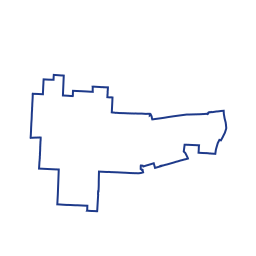 Dabuleni, Dolj, Romania (Mercator projection), rotated 254°
{"feature_id": "2599482B70911893179485", "entity_name": "Dabuleni", "entity_type": "district", "adm_level": 2, "iso_a3": "ROU", "parent_name": "Romania", "parent_adm1": "Dolj", "projection": "mercator", "projection_center": [24.129, 43.802], "detail": "fine", "context": "isolated", "style": "outline", "palette": "blue", "viewbox_px": 256, "rotation_deg": 254, "n_neighbors": 0, "source": "geoboundaries", "source_scale": "gbopen_adm2", "svg_char_len": 5101}
<svg xmlns="http://www.w3.org/2000/svg" viewBox="0 0 256 256"><g transform="rotate(254 128 128)"><path d="M171.4,119.5L172.6,119.9L172.7,119.6L172.9,118.9L173.0,118.5L173.1,118.2L173.2,117.9L173.4,117.4L173.5,117.1L173.6,116.8L173.6,116.7L173.7,116.3L173.8,116.2L173.9,115.9L173.9,115.7L174.1,115.4L174.3,114.8L174.4,114.3L174.6,113.7L174.9,112.9L175.4,111.6L175.8,110.4L176.3,109.0L177.3,106.2L177.5,105.4L176.8,105.3L175.2,104.8L172.5,104.1L172.8,103.2L173.0,102.7L173.3,101.7L174.1,99.5L176.0,94.0L177.2,90.4L178.9,85.4L176.6,84.6L174.0,83.8L173.9,83.7L174.7,81.4L175.0,80.6L175.4,79.6L177.2,74.4L196.1,80.7L196.3,80.2L196.6,79.4L196.7,79.0L197.1,77.8L198.6,73.8L199.3,71.8L199.5,71.3L197.6,70.6L196.6,70.3L194.9,69.7L195.2,68.7L195.8,66.8L196.3,65.2L197.0,63.2L198.0,60.3L196.6,59.8L195.8,59.5L194.5,59.1L193.4,58.7L191.4,58.0L189.0,57.2L187.5,56.7L186.1,56.2L183.9,55.5L185.5,50.9L186.3,48.5L186.3,48.3L186.4,48.1L186.7,47.1L187.0,46.4L187.2,45.9L186.9,45.7L186.6,45.8L185.9,45.5L183.1,44.6L180.8,43.8L177.4,42.6L174.9,41.8L174.4,41.6L173.9,41.4L172.2,40.9L170.6,40.3L169.5,39.9L168.3,39.5L167.1,39.1L166.4,38.9L165.2,38.5L162.5,37.6L161.2,37.1L160.6,36.9L158.7,36.2L158.0,36.0L155.4,35.1L154.2,34.7L152.3,34.1L151.7,33.9L150.0,33.3L148.8,32.9L147.6,32.5L147.2,32.3L146.9,32.2L146.5,32.1L145.5,31.7L145.4,31.7L145.4,32.0L145.1,32.9L145.0,33.3L144.8,34.2L144.5,35.5L144.4,35.9L144.1,37.1L143.9,37.7L143.8,38.3L143.6,38.9L143.5,39.2L143.5,39.4L143.3,40.3L142.9,41.4L141.8,41.1L140.0,40.5L138.8,40.0L136.9,39.4L136.4,39.2L136.1,39.1L135.5,38.9L134.7,38.7L134.4,38.5L132.0,37.8L131.2,37.5L130.4,37.3L129.6,37.0L129.4,36.9L128.2,36.5L127.8,36.4L127.7,36.3L127.5,36.2L127.2,36.2L126.9,36.1L126.2,35.9L125.7,35.7L125.1,35.4L124.2,35.2L123.8,35.0L123.0,34.8L122.9,34.7L121.8,34.3L120.9,34.0L120.5,33.8L119.2,33.3L118.3,33.0L116.6,32.4L115.5,32.0L115.2,31.9L114.6,31.7L114.1,31.5L113.8,31.4L113.5,31.3L113.1,32.5L110.2,41.0L108.5,46.0L107.2,50.0L83.4,42.2L74.1,39.0L73.6,40.5L72.1,44.6L70.8,48.3L70.7,48.7L70.0,51.0L69.2,53.3L68.4,55.6L67.7,58.0L65.3,65.0L64.6,67.2L64.5,67.5L63.9,67.3L59.9,66.0L59.8,65.9L59.7,66.2L59.0,68.0L58.3,70.0L58.0,70.9L57.8,71.6L57.1,73.7L56.8,74.5L56.6,75.0L56.5,75.4L58.1,76.0L62.4,77.5L72.3,81.0L72.5,80.9L73.5,81.2L75.5,81.9L75.5,82.0L75.4,82.2L77.1,82.8L79.8,83.7L81.4,84.2L84.5,85.1L90.0,86.8L94.1,88.1L91.5,95.7L91.1,97.3L90.8,98.2L90.3,99.4L90.2,99.8L88.2,105.9L86.6,110.5L85.6,113.5L84.0,118.0L82.9,121.4L81.5,125.9L81.3,127.4L81.2,128.2L81.2,130.3L83.2,130.4L83.4,130.4L83.5,130.4L83.6,130.5L83.8,130.5L83.9,130.4L84.0,130.3L84.0,130.2L83.9,129.9L83.9,129.7L84.1,129.6L84.4,129.5L84.6,129.3L84.8,129.2L85.1,128.9L86.1,129.2L87.0,129.5L87.8,129.7L88.4,130.0L88.1,130.9L87.7,131.8L87.3,132.0L86.8,132.1L86.8,132.7L86.9,135.0L86.9,136.3L86.9,136.8L86.9,137.3L86.9,137.8L87.0,143.0L85.6,143.0L85.0,143.0L82.2,143.0L82.2,148.9L82.6,148.9L82.5,150.2L82.3,150.2L82.3,151.2L82.3,152.0L82.3,153.8L82.2,155.4L82.2,156.5L82.2,159.5L82.2,161.6L82.2,162.7L82.3,165.1L82.2,166.6L82.3,169.6L82.2,171.0L82.2,172.5L82.2,173.9L82.1,174.3L82.1,177.2L82.6,177.2L83.8,177.0L85.0,176.8L86.6,176.5L87.8,176.3L88.7,175.9L90.0,175.1L96.3,177.8L95.9,179.2L95.4,180.8L95.0,182.0L93.7,185.8L91.8,191.5L90.6,191.0L88.9,190.4L88.4,190.3L87.3,189.9L84.8,189.0L84.4,190.0L82.9,194.3L82.6,195.3L82.4,195.8L82.2,196.7L82.1,196.9L82.0,197.0L81.9,197.4L81.7,197.9L81.6,198.2L81.5,198.3L81.4,198.7L81.2,199.0L81.0,199.5L80.9,199.7L80.8,200.3L80.7,200.4L80.6,200.6L80.5,200.9L80.4,201.2L79.1,204.8L82.7,206.4L82.9,206.5L83.1,206.6L84.9,207.7L88.7,210.1L91.4,212.6L90.5,213.9L93.1,216.5L93.3,216.7L93.8,217.1L96.7,219.8L100.3,222.2L101.1,222.5L103.9,223.0L104.1,223.1L104.4,223.1L106.4,223.4L110.5,223.5L115.1,224.0L118.2,224.7L118.3,224.1L118.6,222.8L119.1,219.4L119.2,218.8L119.5,217.6L119.6,216.8L119.6,216.7L120.0,213.4L120.1,213.2L120.2,212.8L120.2,212.7L120.3,212.6L120.5,212.4L120.5,212.2L120.5,211.8L120.4,211.7L120.4,211.4L120.5,211.1L120.6,210.8L120.7,210.7L120.8,210.6L120.8,210.4L120.7,210.2L120.6,209.8L120.7,209.7L120.6,209.4L120.4,209.2L120.2,209.2L119.9,209.1L119.8,208.9L119.7,208.9L119.6,208.7L119.4,208.3L119.6,208.0L119.8,207.8L119.8,207.7L120.0,207.5L120.3,205.9L120.6,204.4L120.8,203.7L120.9,203.3L121.1,202.2L121.2,201.9L121.4,201.0L121.6,200.2L123.1,194.4L123.6,192.4L124.3,189.7L124.8,187.9L125.3,184.6L126.7,175.1L127.4,169.9L127.6,168.1L127.8,166.2L128.3,162.4L129.3,155.7L129.4,154.7L129.6,153.7L130.7,153.7L132.6,153.9L133.3,153.8L134.5,153.6L134.1,152.4L134.7,152.6L135.6,152.9L136.1,151.2L136.8,148.6L137.9,145.6L138.4,143.9L139.1,141.5L139.8,139.5L140.4,137.3L140.8,136.2L141.0,135.3L141.2,134.8L142.5,130.8L143.1,129.1L144.8,123.7L145.7,121.4L146.0,120.2L146.6,119.0L147.2,117.3L147.5,116.7L148.0,116.9L157.4,120.1L161.6,121.5L162.1,120.4L162.5,118.7L163.3,116.7L163.5,116.8L164.0,116.9L164.4,117.0L164.8,117.2L165.2,117.3L165.3,117.3L165.6,117.4L165.7,117.5L165.8,117.5L166.0,117.6L166.7,117.9L167.1,118.0L167.6,118.2L168.4,118.4L168.5,118.4L168.8,118.5L169.0,118.6L169.7,118.9L170.5,119.2L171.0,119.3L171.4,119.5Z" fill="none" stroke="#1e3a8a" stroke-width="2"/></g></svg>